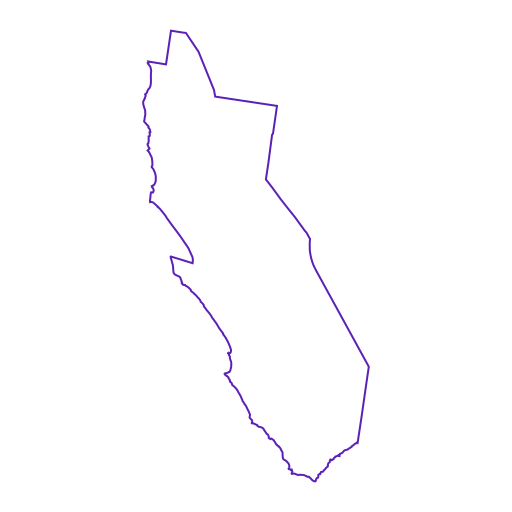 Bayside (Vic.), Victoria, Australia (orthographic projection)
{"feature_id": "25037944B24270951064752", "entity_name": "Bayside (Vic.)", "entity_type": "district", "adm_level": 2, "iso_a3": "AUS", "parent_name": "Australia", "parent_adm1": "Victoria", "projection": "orthographic", "projection_center": [145.013, -37.94], "detail": "fine", "context": "isolated", "style": "outline", "palette": "violet", "viewbox_px": 512, "rotation_deg": 0, "n_neighbors": 0, "source": "geoboundaries", "source_scale": "gbopen_adm2", "svg_char_len": 6062}
<svg xmlns="http://www.w3.org/2000/svg" viewBox="0 0 512 512"><path d="M148.2,61.5L148.6,62.7L147.7,63.1L147.9,63.6L148.8,64.7L149.2,65.4L149.6,65.9L150.1,66.4L150.5,67.2L151.2,70.8L150.9,74.0L150.9,79.5L151.0,80.3L150.9,81.1L150.9,82.9L150.7,84.6L150.4,86.1L149.8,87.4L149.5,88.1L148.5,89.1L148.1,89.6L147.5,90.8L147.1,92.1L146.5,93.2L146.0,93.7L145.1,94.3L145.1,94.6L145.5,95.0L145.7,95.5L145.6,96.0L144.7,98.3L144.8,98.7L144.3,99.2L143.2,101.8L143.2,103.8L143.4,104.4L143.5,105.3L145.2,110.7L145.2,112.2L145.3,113.9L145.3,114.7L145.1,115.4L145.0,116.2L144.8,117.1L144.5,119.6L144.1,121.2L144.4,121.9L145.8,123.4L147.2,125.0L148.2,125.9L148.5,126.5L148.6,127.1L148.4,127.6L149.3,128.7L149.9,129.7L150.2,130.9L150.3,131.6L150.4,132.3L150.2,132.5L149.5,132.5L149.7,133.8L149.8,135.8L149.6,136.1L148.6,136.4L148.7,138.0L148.6,139.7L148.8,140.2L148.3,143.4L147.8,143.6L147.5,144.1L147.6,144.8L148.1,145.9L148.4,146.7L149.5,148.6L147.6,150.5L148.6,151.5L149.7,153.3L150.3,154.7L151.6,157.2L151.8,158.0L152.3,161.2L152.3,162.8L152.4,163.6L152.4,165.3L152.1,165.9L151.7,166.5L151.7,167.2L153.1,168.7L154.9,172.6L155.4,174.4L155.8,176.9L155.7,178.5L155.8,179.4L155.8,180.2L155.6,181.7L155.2,182.6L154.6,184.0L153.8,185.1L153.2,185.2L152.9,185.8L152.4,186.0L151.8,186.1L151.8,186.8L153.1,188.5L153.4,189.1L153.6,189.9L153.6,190.7L153.5,191.4L153.2,192.1L152.7,192.6L151.5,192.3L151.1,192.3L150.9,192.9L150.5,195.6L150.3,198.4L150.1,199.2L149.9,201.8L150.1,202.1L150.4,201.8L151.7,202.0L153.1,202.5L153.6,202.9L158.0,206.8L157.8,207.0L159.7,208.6L163.5,213.2L165.4,215.7L166.0,216.5L166.4,217.4L169.7,222.0L172.3,225.6L175.9,230.3L180.2,236.1L188.3,248.0L188.9,249.2L192.2,256.5L192.8,258.5L192.8,261.2L192.6,263.2L171.1,256.6L170.9,256.5L170.7,256.6L170.6,256.8L170.6,257.0L172.9,265.3L173.5,272.4L173.8,273.1L174.3,273.9L175.1,274.6L179.2,276.6L180.1,277.2L180.3,277.8L181.9,282.1L181.8,282.3L182.0,282.6L181.8,283.0L181.7,283.2L181.9,283.6L182.1,283.8L182.8,284.2L183.0,284.7L183.3,284.9L185.0,285.0L185.4,285.6L186.0,285.9L187.3,286.6L188.9,287.9L189.9,288.8L190.8,289.9L190.8,290.6L191.2,291.2L193.7,293.1L194.1,293.7L195.7,295.0L198.0,297.7L199.0,298.6L199.4,299.2L199.8,299.7L200.5,301.0L200.7,301.8L201.8,302.7L203.6,304.7L203.8,305.2L203.8,306.3L204.3,306.8L205.1,307.9L207.0,310.5L209.7,313.7L211.3,316.0L211.9,317.3L214.0,320.1L215.2,321.9L216.5,323.5L216.8,324.2L217.2,324.8L218.3,326.7L219.8,329.1L221.9,331.8L222.7,333.0L223.1,333.3L223.2,333.8L223.2,334.3L223.2,334.5L224.1,335.5L225.3,337.2L226.2,338.7L227.1,340.4L227.5,341.0L228.7,343.6L229.6,345.8L230.4,347.8L231.0,349.9L231.0,350.7L230.8,352.0L230.3,353.0L230.0,353.2L229.6,353.4L229.1,353.4L228.9,353.0L228.5,352.7L228.1,353.0L228.0,353.3L228.2,353.5L228.7,353.5L228.9,353.8L229.0,354.4L228.9,355.0L229.5,355.8L229.9,356.9L229.9,358.1L230.4,359.9L231.1,361.7L231.2,362.3L231.3,363.8L231.2,366.1L231.2,366.8L230.6,369.2L230.3,370.3L229.7,371.4L229.6,371.8L229.0,372.1L228.6,372.1L227.4,372.9L226.5,373.2L225.1,373.3L224.6,373.8L224.8,374.4L225.3,374.7L225.5,375.1L226.6,376.0L226.9,376.0L227.3,376.2L227.6,376.7L228.2,377.1L228.5,377.6L228.6,378.2L228.9,378.6L229.1,379.3L229.9,380.2L230.0,380.9L230.0,381.5L230.2,382.0L231.3,382.5L231.9,383.7L232.3,385.1L232.9,385.5L235.0,387.3L236.0,388.4L236.8,389.5L237.6,390.6L238.2,392.0L239.7,394.4L240.4,395.7L241.3,397.7L242.5,400.5L242.6,401.1L243.0,401.7L243.5,402.2L243.9,402.8L244.3,403.4L244.5,404.2L245.5,405.1L246.2,406.3L247.4,408.9L248.8,411.7L249.2,412.5L250.0,414.8L249.6,417.4L249.7,417.8L252.1,420.4L252.2,421.5L252.0,422.3L251.7,423.0L252.0,423.4L253.0,423.2L257.2,425.1L257.2,425.5L257.5,426.0L258.3,426.4L258.8,426.8L260.3,427.0L262.4,427.8L262.9,428.2L263.8,429.3L264.1,430.0L265.7,432.3L266.5,433.5L266.9,434.0L267.5,434.2L268.0,434.7L268.6,436.1L268.8,436.9L268.8,438.1L269.3,438.3L270.4,439.1L270.9,438.6L271.5,438.6L273.7,440.2L274.2,440.8L274.4,441.5L275.3,442.6L275.9,443.9L276.3,444.5L277.0,444.8L277.3,445.5L278.5,446.1L278.6,446.6L279.2,446.8L279.6,447.4L280.1,447.9L280.4,448.5L280.8,449.1L281.4,450.6L281.9,451.1L282.5,452.5L282.6,453.3L282.6,455.5L282.7,456.4L282.8,457.3L282.9,458.2L283.2,458.9L283.7,459.4L284.2,459.8L285.5,460.5L286.7,461.3L287.0,461.9L288.5,463.4L288.8,464.1L289.3,465.6L289.3,466.5L289.3,467.4L289.1,468.2L288.6,468.7L288.8,469.1L289.5,469.2L290.2,469.4L291.0,470.1L291.7,469.6L292.0,470.3L292.3,471.8L292.1,472.5L291.6,473.6L291.9,473.9L292.5,473.9L293.2,473.7L293.9,473.6L294.8,473.7L296.8,474.6L298.3,475.0L299.1,474.8L299.8,474.8L302.5,474.9L304.2,475.2L304.9,475.4L305.5,475.8L306.3,476.1L306.9,476.4L307.4,476.8L308.8,476.7L309.4,477.1L309.7,477.7L310.3,478.1L311.4,479.1L311.6,479.6L311.9,479.8L312.3,480.1L313.4,480.9L313.8,481.0L314.3,481.3L314.9,481.2L315.2,481.0L315.5,481.2L315.8,480.8L315.9,480.1L316.1,479.7L316.1,479.3L316.5,478.5L316.8,478.1L318.1,477.6L318.2,477.0L318.3,476.4L318.3,474.9L318.8,474.5L319.6,474.0L320.1,474.1L320.6,473.1L320.7,472.4L321.0,472.0L321.5,471.9L322.6,471.9L323.5,471.0L324.2,469.9L325.2,469.1L326.0,468.0L327.0,467.0L327.6,466.7L327.9,466.2L327.9,464.6L328.3,463.3L328.7,462.9L329.7,462.2L329.8,461.7L329.8,461.3L330.1,459.9L330.3,459.6L330.7,459.5L331.2,459.7L331.6,460.2L332.0,460.1L332.9,459.4L333.5,459.2L333.7,458.4L335.3,457.0L335.3,456.6L337.2,456.0L338.0,455.8L339.5,456.1L339.5,455.9L338.9,455.6L338.5,455.1L338.8,454.9L339.3,454.7L340.0,454.3L340.1,453.8L342.2,452.9L342.7,452.4L344.0,450.8L344.6,450.4L346.3,449.8L347.2,449.7L347.9,449.4L348.3,448.9L349.4,448.2L350.1,447.9L351.1,447.1L351.7,446.8L352.0,446.1L352.5,445.7L353.1,445.4L354.1,444.5L355.2,443.7L355.8,443.5L356.5,442.8L356.7,442.6L357.6,443.0L361.8,415.1L366.0,385.8L368.8,366.7L316.1,270.5L313.8,266.0L312.4,262.3L311.1,257.9L310.4,254.4L309.8,250.5L309.7,243.5L310.0,239.0L306.5,232.6L305.1,231.1L303.3,228.7L295.0,217.2L289.1,209.9L280.7,199.2L272.7,188.2L265.9,179.4L268.3,163.4L272.1,134.7L272.3,134.4L272.9,133.9L273.0,133.6L277.0,105.9L215.2,96.6L214.0,90.0L198.6,51.9L185.9,32.9L183.8,32.7L171.0,30.7L166.0,64.4L148.2,61.5Z" fill="none" stroke="#5b21b6" stroke-width="2"/></svg>